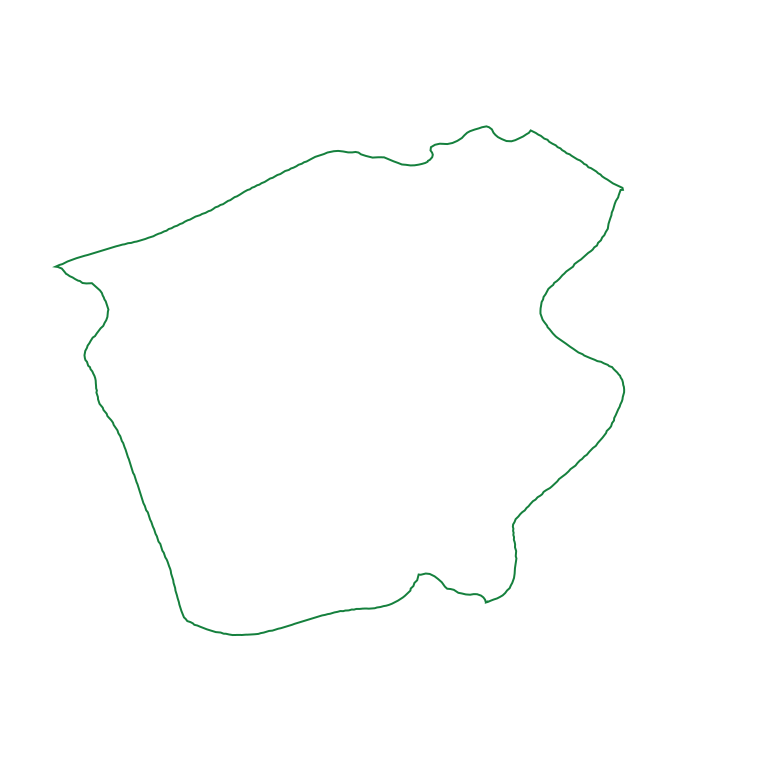 Cidade De Chimoio, Manica, Mozambique (Equal Earth projection), rotated 254°
{"feature_id": "85939544B35135302322965", "entity_name": "Cidade De Chimoio", "entity_type": "district", "adm_level": 2, "iso_a3": "MOZ", "parent_name": "Mozambique", "parent_adm1": "Manica", "projection": "equal_earth", "projection_center": [33.456, -19.135], "detail": "fine", "context": "isolated", "style": "outline", "palette": "green", "viewbox_px": 768, "rotation_deg": 254, "n_neighbors": 0, "source": "geoboundaries", "source_scale": "gbopen_adm2", "svg_char_len": 6166}
<svg xmlns="http://www.w3.org/2000/svg" viewBox="0 0 768 768"><g transform="rotate(254 384 384)"><path d="M171.9,337.7L173.6,343.3L174.6,345.7L178.1,352.4L180.0,353.3L181.7,356.6L184.4,358.4L186.2,361.8L191.3,364.8L190.5,366.7L190.3,371.9L188.8,375.6L185.2,379.6L181.4,382.4L177.5,384.9L172.4,386.7L169.8,388.3L168.6,391.4L166.9,394.4L162.8,397.9L161.3,400.9L159.2,404.6L157.7,408.7L157.3,412.3L156.3,415.5L153.9,418.9L151.5,420.7L148.8,421.7L146.4,421.7L146.4,422.6L145.9,422.2L145.9,423.9L146.3,426.8L146.6,430.1L146.7,433.5L147.3,436.6L148.1,439.8L149.6,442.8L151.6,445.4L153.1,448.5L155.4,450.4L157.5,452.5L161.7,455.5L165.7,457.3L170.8,459.1L179.8,463.2L182.2,463.2L187.0,465.0L190.9,464.9L193.6,465.8L196.0,466.0L198.5,465.9L201.0,466.8L203.2,466.7L205.3,467.6L207.2,467.6L209.3,468.5L211.2,468.5L213.4,469.4L215.4,471.5L217.8,473.3L219.6,476.7L221.3,479.0L222.7,481.6L223.7,484.5L225.6,486.9L226.6,489.2L228.3,491.6L230.3,494.9L231.1,497.8L232.8,500.4L233.6,503.5L234.4,505.6L236.3,507.7L237.3,510.8L238.2,514.7L239.1,516.8L242.6,523.7L244.4,526.1L247.3,533.7L249.1,537.3L250.8,539.9L252.8,545.6L254.7,548.2L256.5,551.3L257.3,553.7L259.2,556.7L260.0,559.4L262.3,562.7L264.9,567.2L266.1,570.5L268.4,573.3L272.2,579.3L275.7,584.0L277.4,585.1L279.2,588.5L280.7,590.6L283.6,592.5L285.5,595.0L287.8,595.9L290.1,598.1L295.1,602.2L297.2,604.3L299.1,605.5L301.8,607.9L303.5,609.0L305.6,609.9L309.8,612.5L312.4,613.3L315.1,613.8L317.1,613.7L319.6,614.1L322.4,614.1L324.9,613.3L326.9,613.2L328.6,612.2L330.7,611.4L335.0,608.9L337.4,607.9L339.1,605.4L340.7,604.4L343.3,601.0L345.5,598.8L347.2,595.4L349.2,593.2L352.0,589.5L356.2,584.3L357.9,583.1L360.7,579.6L365.7,575.6L368.5,573.2L372.8,569.9L380.6,563.5L382.4,562.2L386.2,560.2L391.1,558.2L393.5,556.9L395.2,556.8L399.7,555.0L402.1,554.2L408.5,553.8L411.0,554.5L413.6,555.4L415.4,556.3L419.3,558.1L421.4,560.2L423.7,561.4L425.7,564.0L430.1,568.2L431.6,571.3L432.6,573.9L434.3,575.5L435.3,578.6L436.9,581.7L439.4,585.5L440.4,587.7L441.9,590.2L444.7,598.1L446.8,600.2L448.6,605.0L449.4,607.6L453.7,616.4L454.7,619.5L455.7,621.7L457.4,623.8L458.4,626.9L460.7,628.7L462.3,632.1L464.8,634.2L466.3,636.8L469.0,639.1L471.5,641.9L476.1,644.0L480.6,647.0L483.5,649.1L486.0,650.2L488.5,652.3L493.6,655.5L496.1,657.4L498.8,660.5L500.7,661.6L505.3,664.9L504.8,667.2L506.8,667.3L513.7,659.4L518.9,655.1L521.1,652.9L523.5,650.9L525.6,649.9L527.6,647.9L529.7,646.7L534.5,642.4L536.0,640.2L538.8,639.0L540.4,637.0L542.3,636.0L544.9,634.0L546.6,631.8L551.8,627.1L553.6,625.8L555.5,623.1L557.5,621.9L559.7,619.7L561.8,618.6L563.8,616.2L566.1,614.9L568.5,612.2L571.4,609.5L573.7,608.5L575.7,605.7L579.3,603.2L581.1,601.1L583.5,599.1L587.3,594.9L585.5,592.5L584.8,589.7L583.6,586.0L582.2,577.4L582.2,573.4L583.8,568.7L587.0,564.7L589.9,561.6L592.8,559.7L595.4,558.5L599.0,557.9L601.9,555.7L603.4,553.5L603.8,548.9L603.6,545.8L603.6,541.2L603.3,536.3L602.6,533.2L600.9,529.8L599.0,526.7L597.5,521.5L596.8,516.3L597.2,511.0L599.6,503.9L599.9,499.0L598.7,494.4L595.7,493.1L593.1,494.0L590.9,494.1L588.7,492.8L586.8,489.8L586.4,487.8L585.6,487.1L585.1,484.5L585.1,481.2L585.3,477.7L585.8,473.7L586.8,469.7L588.7,465.4L590.1,461.7L592.5,458.6L595.4,454.6L601.9,446.5L603.6,440.7L604.8,435.4L608.2,429.5L611.1,425.2L613.5,423.3L614.9,420.6L615.4,417.2L616.6,413.2L618.8,408.8L620.7,404.2L621.6,399.9L622.1,393.4L621.6,389.7L621.3,380.5L620.0,374.3L619.2,370.9L619.2,368.3L618.4,365.7L618.3,362.3L617.5,359.9L616.9,356.6L616.8,353.9L616.0,351.5L616.0,347.7L614.4,342.2L614.3,339.1L612.9,333.8L612.9,331.2L611.1,324.9L610.8,321.6L610.0,319.2L610.0,316.8L609.2,313.7L609.1,311.3L608.1,308.7L608.1,306.3L607.3,302.7L605.7,297.4L604.9,294.3L604.8,291.9L603.1,286.9L603.0,284.5L601.2,278.8L601.2,276.1L600.4,273.5L600.3,270.6L599.3,268.0L598.5,265.3L598.5,263.0L597.7,259.6L597.6,256.0L597.0,253.6L596.9,249.0L595.5,242.8L595.5,240.4L594.9,237.1L594.1,234.7L594.0,232.0L593.2,228.9L593.1,225.8L592.3,222.7L592.3,219.8L591.3,217.2L591.3,214.8L590.6,211.2L590.6,208.8L590.2,205.7L589.6,203.1L589.5,197.7L589.2,194.6L589.1,185.5L589.4,183.1L589.3,179.9L589.9,176.8L589.8,173.2L590.1,171.0L590.1,167.4L590.2,164.5L589.7,134.7L589.8,131.8L589.7,123.1L589.0,113.5L587.9,108.0L587.9,104.9L587.3,100.7L586.4,102.7L583.8,106.1L580.4,107.6L577.3,108.9L576.7,109.7L574.3,111.6L572.2,114.1L570.0,116.0L567.6,118.5L566.9,120.0L564.2,122.0L562.7,125.6L561.4,131.0L552.2,136.8L549.2,137.9L546.6,138.0L544.5,138.5L542.3,138.6L540.2,139.3L531.5,139.6L529.8,138.6L524.7,136.6L521.8,134.5L519.9,132.4L517.2,130.1L515.7,127.0L511.8,121.8L509.7,119.4L508.9,116.8L506.2,113.8L504.3,111.9L502.6,109.7L500.6,108.4L498.2,106.0L494.2,104.0L491.3,103.6L489.3,103.6L487.2,104.6L483.1,104.7L481.2,106.0L479.1,106.0L476.5,107.1L474.1,107.4L471.6,107.9L469.2,108.0L466.7,107.8L464.2,107.2L461.6,106.7L459.1,106.1L456.9,106.2L455.0,105.2L450.3,105.4L448.2,104.9L443.3,105.1L438.8,107.1L436.3,107.2L431.9,109.2L429.4,109.3L424.4,111.8L421.6,112.8L419.1,112.9L412.9,115.0L409.7,115.1L406.5,116.1L401.4,116.3L399.2,117.0L394.7,117.2L392.2,117.5L384.3,117.7L382.2,118.0L367.7,118.3L365.5,118.9L357.6,119.1L355.7,119.4L335.7,119.9L332.7,120.5L328.2,120.6L325.8,121.6L318.0,121.8L315.6,122.3L310.7,122.5L307.7,123.0L303.0,123.1L300.3,123.7L294.7,123.8L291.9,124.9L284.9,125.0L282.5,125.8L277.6,126.0L275.3,126.7L272.7,127.0L268.0,127.2L265.3,127.5L263.1,127.5L260.4,127.1L253.5,127.3L250.8,126.9L245.5,127.0L242.9,126.6L238.0,126.7L235.2,126.6L230.8,126.7L228.4,126.5L221.6,126.7L214.8,127.4L212.8,128.6L210.3,129.6L208.5,132.3L206.6,134.3L204.8,135.3L203.3,138.0L201.5,140.2L197.0,146.1L191.9,153.9L190.1,158.5L188.2,161.0L187.5,163.2L185.9,166.1L184.4,169.3L182.8,175.4L181.9,178.2L181.2,181.7L180.4,184.8L179.0,191.1L178.4,194.4L178.5,196.9L178.2,199.8L178.3,205.5L177.7,208.7L177.9,214.9L177.7,217.6L177.9,229.4L178.1,231.8L178.6,260.7L178.3,263.8L178.3,266.4L178.0,268.9L178.1,273.4L177.8,276.6L177.8,279.4L176.9,282.1L176.9,284.3L176.1,287.7L176.1,290.8L175.4,293.0L175.4,295.4L174.5,298.5L173.9,301.9L173.0,305.3L172.2,307.5L171.0,313.3L171.1,315.7L170.6,319.1L170.6,322.4L170.3,324.9L170.3,327.8L170.6,331.1L171.9,337.7Z" fill="none" stroke="#15803d" stroke-width="2"/></g></svg>